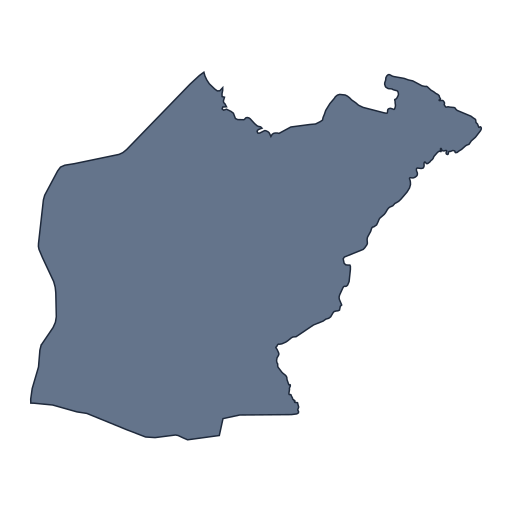 the border of Ninawa
{"feature_id": "IRQ-3051", "entity_name": "Ninawa", "entity_type": "Province", "adm_level": 1, "iso_a3": "IRQ", "parent_name": "Iraq", "parent_adm1": "", "projection": "robinson", "projection_center": [43.286, 36.005], "detail": "fine", "context": "isolated", "style": "filled", "palette": "slate", "viewbox_px": 512, "rotation_deg": 0, "n_neighbors": 0, "source": "natural_earth", "source_scale": "10m", "svg_char_len": 6008}
<svg xmlns="http://www.w3.org/2000/svg" viewBox="0 0 512 512"><path d="M42.6,257.9L39.0,249.4L38.4,246.4L38.5,243.5L43.4,199.9L44.7,195.2L57.6,171.0L60.5,167.1L64.8,165.2L74.2,163.7L119.0,154.4L122.9,152.6L126.7,149.5L190.1,84.1L199.4,75.5L203.9,72.2L204.9,75.9L206.8,80.0L209.3,83.8L214.7,89.0L217.3,90.9L219.8,90.8L222.7,87.7L222.7,90.3L222.0,93.8L222.1,96.6L224.5,97.2L223.4,101.0L223.7,102.6L225.0,103.9L226.5,106.8L222.8,107.0L222.1,108.9L223.6,110.2L226.5,109.2L231.0,111.4L233.4,113.2L235.4,118.5L237.7,119.6L243.8,119.7L244.5,119.4L245.1,118.6L245.9,117.8L247.2,117.5L248.9,117.9L250.2,118.8L254.6,123.6L257.1,125.8L258.4,126.4L259.6,126.6L260.7,126.9L262.0,128.2L258.8,129.4L257.4,130.4L257.1,131.7L258.0,133.2L259.6,133.1L264.6,130.6L265.8,130.7L267.9,131.7L269.0,132.6L269.7,133.8L270.9,136.5L272.1,134.4L273.5,133.4L275.2,133.0L277.3,133.0L279.0,133.4L290.8,127.0L309.7,124.5L315.5,124.0L320.3,121.6L322.5,120.1L323.1,117.4L324.4,114.3L325.7,110.4L329.9,103.6L334.3,98.4L335.4,96.7L337.4,95.1L339.7,94.4L345.2,95.0L347.4,96.1L349.7,97.9L351.6,99.9L355.9,102.9L358.5,105.2L363.1,107.4L384.0,112.8L386.1,113.2L387.0,113.2L387.4,112.4L387.6,111.5L387.6,110.5L387.8,109.7L388.3,109.0L389.3,108.5L390.6,108.3L393.1,109.1L393.6,109.4L394.1,109.4L394.6,108.9L395.3,106.9L395.4,105.8L395.5,104.9L395.3,104.3L395.2,103.8L395.2,102.9L395.1,102.5L395.1,101.5L395.0,100.9L394.7,99.9L394.8,99.5L395.6,99.2L396.2,98.8L396.9,98.0L398.1,95.6L398.4,94.8L398.4,94.0L398.3,93.1L398.1,92.3L397.8,91.5L397.3,90.9L396.5,90.6L395.6,90.4L393.2,89.7L392.0,89.0L390.9,88.8L388.8,88.7L388.0,88.5L387.3,88.1L385.8,87.1L385.4,86.5L385.2,86.0L385.2,85.6L384.7,84.7L384.7,84.2L384.7,83.6L384.7,83.0L385.1,81.7L385.6,80.3L385.8,78.8L385.8,78.2L385.9,77.7L386.6,76.3L387.0,75.7L387.7,75.1L388.2,74.7L388.6,74.6L389.3,74.6L389.9,74.8L392.5,76.2L394.1,76.6L404.2,78.4L408.3,79.9L412.8,80.9L422.0,85.8L425.3,86.5L426.1,86.3L426.9,86.5L427.7,87.1L430.9,90.1L433.8,91.8L435.8,93.4L437.6,94.3L438.5,95.0L439.3,96.0L439.4,96.9L439.8,97.7L440.5,98.9L440.4,99.3L440.1,99.6L439.5,99.7L439.1,100.0L439.1,100.3L439.4,100.6L441.8,100.5L442.3,100.4L442.9,100.6L443.5,101.1L444.4,102.5L444.5,103.3L444.4,104.0L444.2,104.5L444.3,104.9L445.5,106.8L446.0,107.1L447.1,107.0L447.8,106.8L448.4,106.8L449.7,107.1L454.0,107.5L454.5,107.7L455.2,108.1L455.7,109.0L456.4,109.8L457.4,110.5L471.0,116.2L473.5,118.1L474.7,118.8L475.5,119.5L475.7,120.2L475.9,121.7L476.0,122.5L477.5,124.0L478.0,125.3L478.8,127.3L479.2,127.4L479.5,127.3L479.9,127.0L480.2,126.8L480.6,126.9L480.9,127.2L481.2,127.7L481.3,128.3L481.2,129.2L480.5,130.7L475.4,137.3L471.3,140.9L469.0,144.3L466.6,145.2L465.5,145.9L461.6,149.4L459.1,150.9L457.2,152.4L455.7,152.7L455.2,152.4L455.0,151.9L455.0,151.4L454.8,151.1L454.3,150.8L453.5,150.6L452.7,150.5L452.0,150.8L450.5,151.4L450.0,151.5L449.5,151.4L449.0,151.6L448.6,152.0L448.4,153.0L448.3,153.6L448.1,154.2L447.6,154.5L446.7,154.2L446.2,153.7L446.1,153.0L446.2,152.3L446.5,151.7L446.7,151.1L446.6,150.7L446.3,150.5L445.6,150.5L445.0,150.6L444.2,150.9L443.5,150.9L442.8,150.8L442.2,150.5L441.8,150.0L441.6,149.5L441.4,148.9L441.2,148.5L440.9,148.4L440.5,148.7L440.5,149.6L440.7,150.2L441.2,151.0L441.0,151.5L440.3,151.5L439.9,151.4L439.5,151.1L438.7,151.5L437.5,152.4L433.9,156.5L433.3,158.0L432.9,158.7L432.3,159.5L430.9,160.6L429.9,161.9L427.9,163.4L427.0,163.7L426.3,163.5L425.9,162.9L425.4,162.4L425.0,162.0L424.5,162.1L424.2,162.6L424.0,163.8L424.1,165.9L423.8,167.0L423.2,168.0L421.9,168.4L421.0,168.5L417.3,168.0L416.7,168.4L416.4,169.1L416.5,170.8L416.8,171.6L417.1,172.2L417.3,172.8L417.4,173.4L417.4,174.2L417.2,175.1L416.7,175.9L415.4,177.0L414.2,177.6L413.2,177.9L412.1,177.9L410.5,177.7L410.0,177.7L409.6,178.1L409.5,178.8L410.1,180.4L410.4,182.0L410.5,184.5L409.5,188.0L407.0,192.1L401.0,199.1L398.7,201.3L396.0,202.9L394.9,203.4L392.8,205.8L389.6,207.2L388.4,208.2L387.3,209.7L385.6,212.6L384.3,214.3L379.7,218.3L379.0,219.5L378.2,221.5L376.6,224.9L373.7,226.9L372.5,227.1L372.0,227.6L371.3,229.2L371.0,230.4L370.6,231.5L367.5,237.2L367.2,238.6L367.1,239.8L367.4,243.2L367.2,244.0L366.8,244.9L364.7,247.9L363.2,249.4L344.4,257.0L343.2,258.8L344.1,263.2L345.7,264.8L348.0,265.1L349.9,265.1L350.4,266.3L350.4,269.5L349.1,281.6L347.6,285.1L346.5,286.1L345.4,286.4L344.3,286.3L343.5,286.8L342.8,288.0L339.6,295.0L339.1,297.0L339.2,298.5L339.4,299.5L341.7,305.0L340.3,306.3L339.5,310.1L338.0,310.8L336.1,311.0L334.0,311.6L332.9,313.0L330.7,316.8L328.7,318.3L325.9,319.1L323.1,321.1L313.6,324.9L296.1,336.7L293.6,336.9L292.4,337.2L291.0,338.1L287.6,340.9L285.8,342.1L281.7,343.9L281.2,343.9L280.8,343.9L280.6,344.0L280.3,344.1L280.0,344.2L279.6,344.2L279.0,344.2L278.5,344.1L278.1,344.3L277.6,344.8L277.2,345.5L276.7,346.5L276.2,346.9L275.9,347.2L275.8,347.5L277.1,349.5L278.6,352.8L278.9,354.0L278.6,355.1L277.8,356.6L277.2,357.5L277.0,358.0L276.6,360.3L276.7,361.5L277.0,362.8L277.7,363.9L277.7,366.2L278.1,367.3L282.0,372.4L283.1,373.4L285.4,375.2L286.1,376.0L286.8,377.3L286.9,378.6L287.1,379.9L288.7,384.4L289.0,384.8L289.4,385.0L289.7,384.9L290.0,384.7L290.2,384.8L290.3,385.2L290.3,386.1L289.7,387.4L289.4,388.5L289.5,389.7L289.0,392.6L288.9,393.8L289.1,394.3L289.2,394.5L289.5,394.6L289.8,394.5L290.2,394.5L290.9,394.7L291.4,396.0L292.5,398.1L292.7,399.1L292.9,399.4L293.3,399.6L293.7,399.7L293.9,399.9L293.9,400.5L294.1,400.8L294.4,400.9L294.8,400.8L294.9,401.1L294.9,401.5L294.6,401.9L294.6,402.2L294.9,402.4L295.4,402.5L296.0,402.5L296.5,402.6L296.8,402.6L297.4,402.6L297.6,402.8L297.9,404.4L298.1,404.9L298.2,405.3L298.5,406.4L298.7,407.0L298.4,407.9L297.7,409.8L297.8,410.2L298.3,411.0L298.6,411.8L298.4,412.9L296.8,413.9L291.4,414.6L239.7,415.0L223.0,418.6L219.3,435.5L187.6,439.8L183.2,437.9L178.1,435.5L175.5,435.0L155.1,437.6L145.6,437.0L126.4,429.6L86.8,413.4L77.0,411.9L52.6,405.0L33.9,403.2L30.8,403.1L30.7,399.1L32.2,388.5L38.5,367.0L39.9,350.1L41.2,344.9L41.3,344.9L53.1,327.5L55.4,322.3L56.3,316.8L55.8,292.9L55.2,287.2L53.7,281.6L42.6,257.9Z" fill="#64748b" stroke="#1e293b" stroke-width="1.5"/></svg>